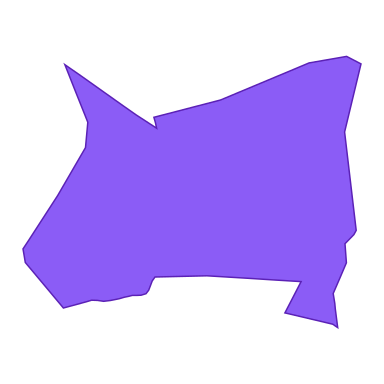 Irecê, Bahia, Brazil (Robinson projection)
{"feature_id": "56859067B47886484176392", "entity_name": "Irecê", "entity_type": "district", "adm_level": 2, "iso_a3": "BRA", "parent_name": "Brazil", "parent_adm1": "Bahia", "projection": "robinson", "projection_center": [-41.852, -11.308], "detail": "fine", "context": "isolated", "style": "filled", "palette": "violet", "viewbox_px": 384, "rotation_deg": 0, "n_neighbors": 0, "source": "geoboundaries", "source_scale": "gbopen_adm2", "svg_char_len": 816}
<svg xmlns="http://www.w3.org/2000/svg" viewBox="0 0 384 384"><path d="M337.7,327.6L335.3,308.9L334.8,303.4L333.2,293.5L340.0,277.8L346.4,262.8L345.0,243.7L353.9,234.6L356.2,230.4L344.6,132.0L361.0,63.9L346.6,56.4L335.2,58.4L309.1,62.9L296.5,68.2L220.5,100.0L153.9,117.3L155.5,123.0L156.6,128.2L136.0,114.8L122.9,105.6L80.9,75.8L64.9,64.7L75.7,92.0L85.2,115.7L87.8,122.3L85.5,147.6L57.7,195.5L28.3,240.9L23.0,248.9L24.1,255.3L25.3,262.5L44.5,285.4L63.4,308.0L86.3,301.8L91.6,300.2L97.5,300.4L103.6,301.3L110.4,300.5L115.4,299.5L119.3,298.7L124.4,297.2L128.4,296.4L132.3,295.4L136.6,295.4L141.1,295.2L146.0,293.7L148.7,290.2L150.5,285.5L152.2,281.0L155.0,277.0L206.9,275.8L248.4,278.3L274.8,280.0L301.1,281.6L291.6,300.0L284.9,312.9L332.7,324.2L337.7,327.6Z" fill="#8b5cf6" stroke="#5b21b6" stroke-width="1.5"/></svg>